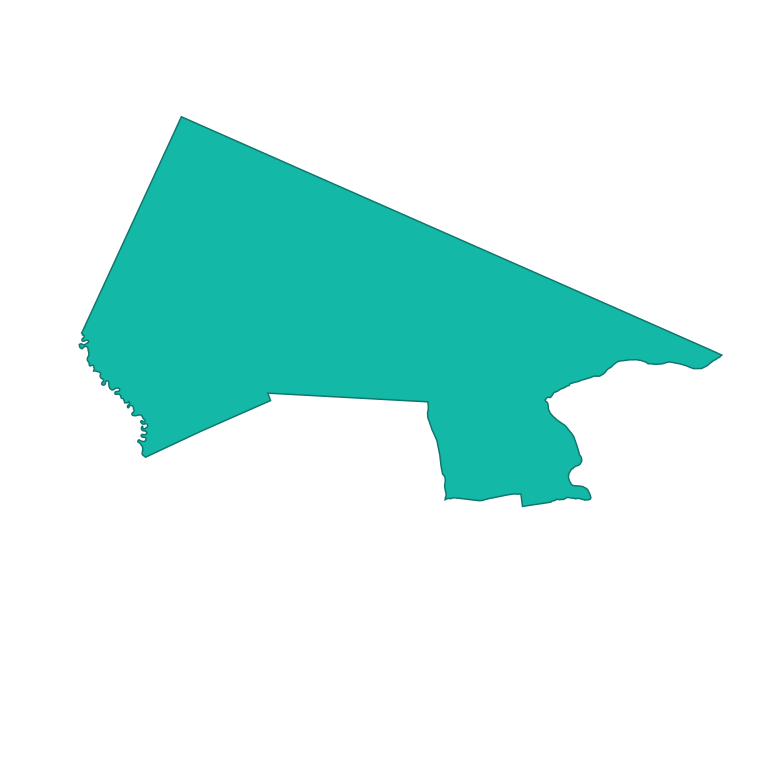 outline of Chavuma, North-Western, Zambia, rotated 24°
{"feature_id": "96606910B52944150437375", "entity_name": "Chavuma", "entity_type": "district", "adm_level": 2, "iso_a3": "ZMB", "parent_name": "Zambia", "parent_adm1": "North-Western", "projection": "orthographic", "projection_center": [22.463, -13.294], "detail": "fine", "context": "isolated", "style": "filled", "palette": "teal", "viewbox_px": 768, "rotation_deg": 24, "n_neighbors": 0, "source": "geoboundaries", "source_scale": "gbopen_adm2", "svg_char_len": 6128}
<svg xmlns="http://www.w3.org/2000/svg" viewBox="0 0 768 768"><g transform="rotate(24 384 384)"><path d="M87.1,460.6L88.9,461.2L88.9,461.5L89.1,461.3L89.6,461.4L90.2,461.8L90.6,462.2L90.8,462.8L90.8,463.5L90.1,465.3L90.0,466.3L90.4,467.2L91.0,467.4L91.5,467.4L92.3,467.0L94.0,465.3L95.0,464.8L95.8,464.6L96.5,464.9L97.0,465.5L96.9,466.4L96.1,467.4L94.8,469.6L94.2,470.1L92.9,470.4L91.2,470.4L90.5,470.7L89.7,471.6L89.7,472.2L90.4,473.2L91.4,474.3L92.5,474.6L93.6,474.7L94.1,474.3L94.5,472.9L95.6,471.2L96.6,470.9L97.6,470.9L98.3,471.2L99.0,471.7L100.0,473.4L101.8,475.9L102.3,476.8L102.6,477.7L102.6,478.5L102.6,479.5L102.5,480.2L102.5,481.1L102.7,481.8L103.3,482.9L104.0,483.5L105.2,484.0L106.1,484.8L107.2,486.8L107.9,487.0L108.6,486.9L109.6,485.6L110.5,485.3L111.2,485.4L111.6,485.8L112.1,486.7L113.0,487.7L113.3,488.3L113.3,490.3L113.7,490.3L114.1,489.8L114.4,489.6L115.1,489.5L116.7,489.3L118.5,488.9L119.2,488.9L120.4,489.2L120.9,489.8L121.1,490.5L121.1,491.0L121.3,492.2L121.8,492.7L123.1,493.7L124.7,493.9L125.4,493.9L126.0,494.1L126.4,494.5L126.6,494.9L126.6,495.4L126.0,496.4L125.8,497.1L126.1,498.8L126.5,499.2L127.5,499.3L128.3,499.1L129.0,498.5L129.2,497.8L129.3,496.8L128.9,494.9L129.1,494.3L129.5,493.9L130.2,493.5L130.8,493.6L131.4,493.8L131.8,494.3L132.2,494.9L132.5,495.7L133.6,497.8L134.4,498.5L135.3,499.5L136.9,500.0L137.6,500.1L138.4,499.9L139.5,498.8L140.8,496.9L141.7,496.2L143.0,495.9L143.9,495.8L144.7,496.2L145.0,497.0L144.9,497.5L144.5,498.6L143.6,499.2L142.6,499.7L142.2,500.0L141.8,500.5L141.6,501.0L141.9,501.8L142.3,502.5L143.2,502.6L144.1,502.1L144.6,501.7L145.2,501.3L146.1,501.1L147.0,501.2L148.0,501.7L149.5,503.6L150.1,503.8L150.7,503.7L151.4,503.5L152.1,503.7L152.7,504.4L153.7,505.1L154.5,506.5L154.9,506.7L155.4,506.5L155.7,506.0L156.8,505.8L157.4,505.5L157.7,505.2L157.8,504.3L158.0,504.0L158.5,504.1L159.3,504.7L159.5,505.3L159.5,505.9L159.3,506.5L158.6,508.2L158.8,509.0L159.1,509.5L159.6,509.8L160.2,509.6L160.5,509.3L160.3,508.0L160.6,507.4L161.0,506.9L161.9,506.4L162.9,506.3L163.7,506.6L164.4,507.2L165.4,508.7L166.4,509.7L166.7,510.2L166.7,511.6L166.0,512.5L165.8,512.9L165.8,513.5L166.2,514.5L166.6,514.7L167.6,514.8L168.5,514.6L169.8,514.1L170.9,513.4L171.6,512.7L173.4,511.6L174.2,511.3L175.1,511.4L175.9,511.6L177.9,513.4L178.8,513.7L179.6,513.9L180.1,514.1L180.6,514.4L180.8,514.9L180.9,515.3L180.8,515.7L180.4,516.0L180.0,516.2L178.6,516.0L177.5,516.0L177.3,516.3L177.0,517.0L177.2,517.8L177.5,518.0L178.2,518.2L179.0,518.7L179.6,518.7L180.5,518.6L181.2,518.2L182.3,517.3L183.0,517.1L183.8,517.0L184.4,517.3L184.9,517.8L185.2,518.5L185.2,519.1L185.1,519.7L184.3,521.0L183.8,522.2L183.0,522.6L182.4,522.6L181.9,522.4L181.5,522.2L181.0,521.2L180.8,521.0L180.4,520.9L180.2,521.2L180.1,521.9L180.3,523.1L180.6,523.5L181.3,524.3L182.1,524.7L182.8,524.7L185.3,524.1L186.1,524.3L187.0,524.7L187.3,525.4L187.3,526.2L186.8,526.9L186.1,527.6L183.5,528.4L183.1,529.0L183.1,530.0L183.3,530.3L183.9,530.7L184.8,530.9L186.7,530.4L187.5,530.0L188.0,530.1L188.5,530.3L189.0,531.0L189.2,531.7L189.1,532.8L188.8,533.5L187.7,534.3L186.3,534.8L185.6,534.9L183.5,534.6L182.8,534.8L182.4,535.4L182.3,535.9L182.5,536.6L183.1,537.2L184.7,537.2L185.1,537.4L188.3,539.2L189.2,540.1L189.6,540.7L190.5,542.6L190.7,543.8L191.2,545.5L191.5,546.4L192.2,546.9L194.0,547.4L195.4,547.6L195.9,547.9L236.9,500.6L287.1,445.3L281.6,439.6L431.2,382.5L433.3,385.7L434.7,389.1L435.6,392.8L437.1,395.7L438.1,397.4L439.9,399.1L446.4,406.1L451.9,411.0L455.5,414.4L463.9,426.2L469.7,436.1L474.2,442.5L476.7,443.6L477.7,444.6L478.5,445.7L479.5,447.8L480.7,452.0L481.3,453.3L484.3,457.7L485.6,459.2L486.1,461.0L486.6,464.2L486.9,464.9L488.8,462.6L491.3,461.7L492.4,460.9L493.5,459.8L495.1,459.1L496.9,458.6L501.9,457.0L516.1,452.6L519.1,451.6L522.1,449.7L523.4,448.4L527.3,445.4L530.2,443.4L542.0,435.0L546.6,432.1L547.8,431.3L550.8,430.3L553.8,428.8L560.3,439.5L584.4,424.1L584.9,422.8L587.5,420.9L588.0,420.3L588.2,419.2L589.0,419.0L591.7,418.2L592.6,417.4L594.6,416.7L595.5,415.8L595.9,414.9L596.6,414.4L596.9,413.7L597.7,413.0L598.5,412.7L600.0,412.4L601.5,411.9L602.2,411.8L602.8,411.4L603.6,411.2L604.1,411.2L605.0,410.8L605.9,410.9L606.2,410.4L607.0,410.1L607.9,409.4L608.3,409.4L608.8,409.1L610.1,409.0L610.7,408.8L611.9,408.8L612.8,408.6L613.2,408.4L614.6,408.4L615.4,407.8L617.2,407.1L618.4,406.2L618.6,405.8L619.2,405.4L619.2,404.6L619.3,404.2L619.3,403.8L617.1,401.1L613.0,397.7L610.8,397.1L607.4,396.9L604.3,397.6L599.0,399.6L597.7,399.9L596.0,399.4L593.3,397.5L590.8,394.9L589.7,392.3L589.4,390.4L589.8,386.4L590.0,385.6L590.9,384.4L591.5,382.7L592.8,380.9L594.5,379.4L595.1,378.6L595.7,377.4L596.0,374.6L595.7,373.2L594.8,371.8L593.7,370.5L591.2,368.9L588.5,365.5L586.5,363.2L582.0,358.3L579.1,355.3L577.7,354.2L575.6,352.9L573.1,351.7L567.6,348.8L565.4,348.1L557.1,346.6L551.9,344.9L548.8,343.6L547.0,342.4L544.8,340.4L543.9,339.2L543.1,337.6L541.9,335.6L541.0,334.8L540.4,334.4L538.4,333.8L537.5,333.2L537.7,332.8L537.7,332.4L538.0,332.0L538.3,330.6L538.7,329.8L539.1,329.4L539.8,329.2L540.6,329.1L541.2,328.8L541.4,328.6L541.8,328.0L542.0,326.7L542.2,326.2L542.5,324.5L542.5,323.0L542.9,322.5L543.4,322.1L543.9,321.4L544.0,321.1L544.7,320.8L545.4,320.0L546.3,318.7L546.6,317.8L546.9,317.4L547.4,317.0L548.4,315.8L549.7,314.7L550.2,313.8L550.5,313.4L550.8,313.2L552.3,311.0L553.2,310.5L553.7,310.0L553.9,308.1L554.4,307.5L555.0,307.2L556.7,305.6L558.9,303.8L560.7,302.6L562.8,300.2L566.6,297.1L567.8,295.9L569.3,294.8L571.4,292.7L572.1,291.9L573.3,291.1L574.3,290.7L575.4,290.1L576.7,289.7L577.9,289.0L578.4,288.3L578.9,287.5L580.3,285.7L580.8,284.4L581.4,283.3L581.6,281.4L582.8,278.6L584.6,276.5L584.6,275.7L585.2,274.9L585.3,274.0L587.7,269.5L589.2,267.8L590.2,267.0L593.7,265.0L598.5,262.0L601.0,260.9L604.5,259.2L609.7,257.9L614.1,257.5L617.3,258.1L618.2,257.3L620.3,256.8L624.3,255.5L630.1,252.3L634.0,248.9L636.4,247.5L646.0,245.3L651.4,244.5L660.4,244.1L667.8,240.7L671.8,235.8L673.3,232.6L675.7,228.3L677.4,226.3L677.8,225.4L678.5,224.2L679.4,223.4L680.9,220.2L667.2,220.1L527.6,220.6L410.8,221.1L216.1,221.9L90.2,222.3L87.1,460.6Z" fill="#14b8a6" stroke="#0f766e" stroke-width="1.5"/></g></svg>